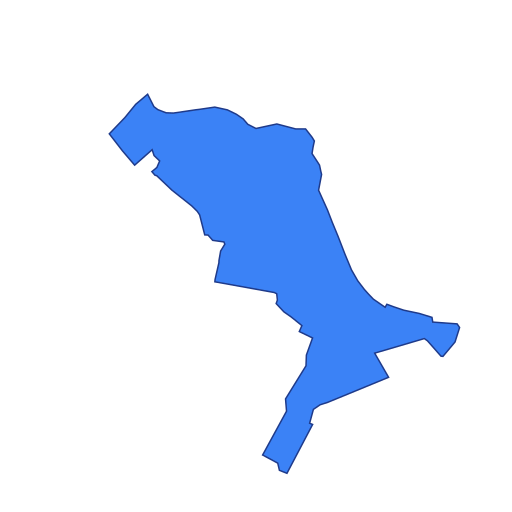 Rupea, Brasov, Romania (Albers equal-area conic projection), rotated 322°
{"feature_id": "2599482B2860524053107", "entity_name": "Rupea", "entity_type": "district", "adm_level": 2, "iso_a3": "ROU", "parent_name": "Romania", "parent_adm1": "Brasov", "projection": "albers", "projection_center": [25.275, 46.017], "detail": "fine", "context": "isolated", "style": "filled", "palette": "blue", "viewbox_px": 512, "rotation_deg": 322, "n_neighbors": 0, "source": "geoboundaries", "source_scale": "gbopen_adm2", "svg_char_len": 1386}
<svg xmlns="http://www.w3.org/2000/svg" viewBox="0 0 512 512"><g transform="rotate(322 256 256)"><path d="M357.9,232.1L359.3,229.0L362.0,223.5L362.4,219.3L363.2,209.8L367.9,205.4L372.8,201.3L373.3,197.0L373.3,186.4L365.5,180.3L353.7,164.8L346.5,161.3L334.5,155.5L330.6,147.1L330.3,140.1L327.8,132.2L323.4,123.2L315.2,113.3L301.5,105.5L298.9,103.9L278.9,92.5L273.3,87.8L268.8,80.3L267.5,75.5L270.2,61.8L254.6,62.4L237.9,66.2L215.6,69.4L215.5,91.0L216.3,109.7L239.6,108.3L237.5,114.1L238.6,121.8L232.4,125.2L225.9,125.4L226.1,130.1L227.2,131.6L230.3,152.5L236.2,176.9L237.2,184.6L236.9,188.9L228.6,207.8L231.1,210.0L231.5,217.0L239.4,225.2L238.7,227.5L231.2,230.3L224.0,236.8L222.7,238.4L209.3,249.3L207.7,251.0L247.9,296.0L249.1,298.5L245.7,303.9L242.6,305.9L243.6,317.2L246.2,325.7L248.7,336.4L249.3,339.1L243.6,342.2L250.1,355.4L234.7,365.1L227.8,373.3L191.3,386.8L184.5,397.1L138.7,416.9L145.6,432.6L142.5,439.3L146.6,446.3L196.9,423.6L195.3,420.8L206.8,412.2L214.9,412.7L222.5,415.5L285.8,433.2L289.7,405.6L337.8,424.7L338.9,428.4L340.1,448.8L341.5,450.2L359.9,446.3L372.4,437.7L372.7,433.3L354.6,416.9L356.9,412.7L349.3,401.8L339.1,389.7L333.3,380.9L329.4,374.6L326.2,375.9L324.5,370.6L321.9,362.2L321.2,355.2L320.8,349.1L320.9,338.2L322.7,325.7L327.2,309.4L332.8,290.9L336.8,276.5L340.7,263.6L345.8,242.7L357.9,232.1Z" fill="#3b82f6" stroke="#1e3a8a" stroke-width="1.5"/></g></svg>